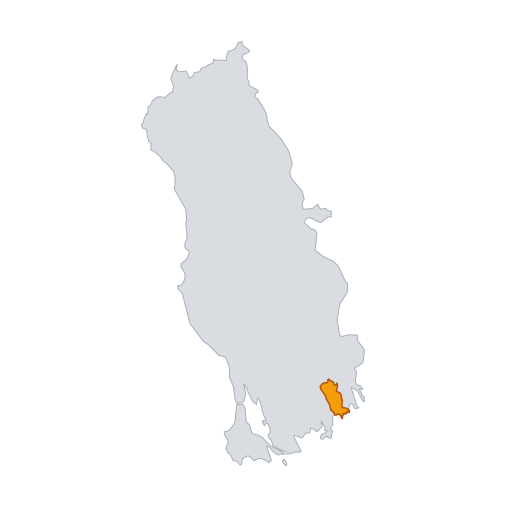 Turkey, with Aydin highlighted, rotated 253°
{"feature_id": "TUR-2229", "entity_name": "Aydin", "entity_type": "Province", "adm_level": 1, "iso_a3": "TUR", "parent_name": "Turkey", "parent_adm1": "", "projection": "natural_earth1", "projection_center": [27.708, 37.721], "detail": "coarse", "context": "in_parent", "style": "filled", "palette": "amber", "viewbox_px": 512, "rotation_deg": 253, "n_neighbors": 0, "source": "natural_earth", "source_scale": "10m", "svg_char_len": 4288}
<svg xmlns="http://www.w3.org/2000/svg" viewBox="0 0 512 512"><g transform="rotate(253 256 256)"><path d="M388.0,186.4L394.9,188.7L397.0,187.0L403.2,187.2L408.7,188.5L411.6,184.7L415.5,185.1L416.3,187.1L418.2,187.8L424.2,192.6L423.5,193.2L425.0,195.0L430.0,196.2L430.6,198.7L434.7,202.3L436.9,208.0L436.0,212.0L434.0,214.5L437.5,223.0L436.6,224.1L442.8,226.9L450.3,226.5L452.7,227.7L460.4,234.5L462.4,237.1L457.2,233.9L454.5,236.6L453.4,243.3L445.5,244.5L447.0,248.8L449.3,250.8L448.8,254.9L449.4,256.6L451.8,259.2L451.7,262.9L452.8,266.8L453.0,271.5L456.4,272.9L455.0,275.1L451.8,284.5L452.1,285.3L454.6,285.5L460.4,289.9L459.5,291.3L460.5,297.4L465.5,301.4L464.9,303.4L465.1,305.4L461.6,304.5L454.7,309.9L453.9,309.7L452.9,307.9L452.4,302.5L450.6,301.0L448.4,300.7L444.6,303.2L441.1,303.1L437.5,302.6L428.1,299.3L424.7,300.4L421.1,299.1L414.4,305.8L412.3,306.3L411.2,303.0L408.7,301.2L405.6,303.7L393.8,306.8L388.4,307.4L381.6,306.3L376.1,306.6L361.2,314.0L346.9,318.0L333.9,317.7L326.6,313.0L321.0,312.0L304.7,319.0L296.5,318.8L293.7,315.9L287.4,314.7L286.1,317.4L285.0,324.1L287.4,330.2L283.9,330.6L281.7,331.9L281.2,336.5L278.0,338.3L277.0,341.1L276.4,341.2L271.2,338.9L272.6,336.6L269.1,328.1L270.6,325.5L277.2,318.6L276.9,314.5L273.9,311.7L265.6,316.8L264.8,318.8L262.9,320.3L259.8,320.9L244.4,314.3L235.7,320.1L228.3,328.5L222.6,331.6L205.8,334.0L202.8,335.6L197.0,333.8L193.6,331.6L185.6,322.0L170.8,314.7L155.2,312.9L153.9,314.8L153.4,322.2L151.0,329.2L149.7,329.9L146.3,328.2L134.3,332.3L124.1,327.7L122.3,325.7L119.9,317.6L118.4,317.0L116.8,318.2L115.1,318.1L107.7,314.6L103.8,314.4L101.4,317.8L97.5,319.3L97.4,318.3L98.9,316.1L92.8,316.5L89.5,318.2L85.1,317.1L85.4,316.2L89.0,315.1L97.2,313.9L102.4,308.5L82.8,308.7L80.9,309.9L80.6,307.1L81.7,305.8L86.9,304.8L86.6,302.5L83.4,300.0L80.0,298.7L78.4,292.8L76.7,291.3L76.9,290.5L80.1,289.5L80.8,285.2L80.3,282.6L74.0,280.3L72.5,280.5L71.0,278.2L68.3,276.6L66.1,277.9L59.7,274.4L60.9,271.9L62.5,272.0L62.8,270.0L61.5,266.7L61.7,265.0L63.0,264.5L64.6,264.9L66.2,266.8L66.4,270.6L68.1,272.9L69.3,270.6L72.2,271.8L77.4,270.7L78.4,269.7L74.6,269.8L73.2,268.9L70.1,262.7L73.3,260.9L75.5,257.8L71.2,255.8L72.1,251.6L68.3,246.8L73.3,240.7L73.1,239.8L71.5,239.5L56.0,242.0L55.8,239.3L56.9,236.9L56.9,231.0L57.6,227.8L60.4,226.9L64.0,222.2L69.7,216.7L75.6,216.8L78.0,215.3L81.5,215.2L82.5,217.4L85.6,218.9L91.1,218.6L93.7,217.2L91.2,214.5L94.3,213.6L96.8,214.3L95.5,217.2L96.2,217.5L103.3,216.6L110.6,217.3L118.8,217.0L119.8,216.0L114.0,213.1L117.7,210.4L119.8,209.9L136.9,207.5L137.0,206.9L126.5,205.6L121.0,202.1L119.6,200.2L120.6,195.6L121.7,194.4L125.5,194.2L138.4,196.3L147.6,195.1L157.6,198.1L167.2,197.5L169.2,196.1L171.5,191.7L185.0,184.5L189.6,180.7L210.5,173.2L242.1,174.5L247.5,171.6L250.7,172.6L249.9,174.5L250.1,176.3L254.0,180.7L259.7,183.2L267.4,181.1L270.3,181.9L273.3,188.9L278.3,193.0L280.5,193.3L283.4,190.9L286.2,190.6L290.9,193.0L292.6,195.4L307.8,198.3L311.0,200.4L321.2,202.5L343.6,197.5L352.0,200.9L359.0,202.0L361.9,201.5L370.8,197.5L373.6,195.3L379.2,193.3L386.1,188.9L388.0,186.4ZM97.3,174.2L96.7,177.3L98.0,180.7L101.2,185.4L104.4,187.8L119.8,194.2L117.6,200.2L113.8,201.1L100.7,198.2L95.4,200.7L91.5,200.1L86.2,201.2L84.7,204.8L80.9,208.9L70.4,214.0L60.8,224.2L58.0,225.5L59.3,222.1L59.2,219.0L63.4,215.5L69.3,212.8L70.9,210.6L56.0,211.0L54.6,207.8L56.1,207.2L60.9,201.7L61.4,199.4L61.0,194.0L66.8,190.8L67.3,189.5L66.4,184.1L60.8,181.0L61.0,179.5L64.9,178.0L67.2,174.3L73.0,173.6L75.7,171.7L80.7,170.8L87.0,175.5L94.4,173.7L97.3,174.2ZM53.0,223.9L48.0,224.7L46.5,223.9L48.0,222.2L51.9,221.1L53.2,222.7L53.0,223.9Z" fill="#d9dde1" stroke="#a8b0b8" stroke-width="1"/><path d="M84.0,298.0L82.2,299.2L82.4,299.7L80.5,300.1L79.3,299.5L79.6,298.4L80.1,298.2L80.0,296.3L79.0,296.5L79.1,294.4L79.7,293.9L79.7,293.0L75.4,291.1L75.6,290.6L78.0,290.5L80.1,289.6L80.8,288.6L80.9,287.0L80.4,286.2L80.9,285.0L84.2,284.3L86.8,282.6L93.3,282.8L98.4,281.5L102.6,281.5L109.4,279.1L112.3,279.2L114.4,282.0L114.7,284.6L113.9,286.2L115.2,288.3L116.6,288.5L116.8,289.2L116.8,289.9L115.3,290.4L113.1,293.0L109.9,293.2L109.4,294.2L110.4,296.3L107.6,295.9L104.6,293.9L103.0,293.5L100.2,296.5L97.5,296.7L95.0,296.2L92.0,296.3L90.5,295.2L86.4,294.2L85.7,294.6L84.0,298.0Z" fill="#f59e0b" stroke="#b45309" stroke-width="1.5"/></g></svg>